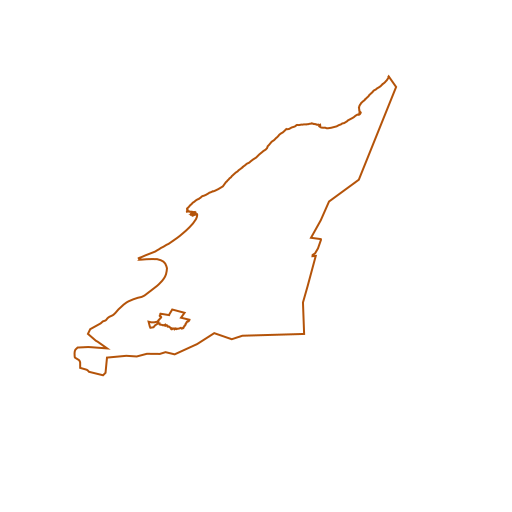 Sveitarfélagið Ölfus, Suðurland, Iceland (Natural Earth projection), rotated 148°
{"feature_id": "244011B93058264602287", "entity_name": "Sveitarfélagið Ölfus", "entity_type": "district", "adm_level": 2, "iso_a3": "ISL", "parent_name": "Iceland", "parent_adm1": "Suðurland", "projection": "natural_earth1", "projection_center": [-21.424, 63.983], "detail": "fine", "context": "isolated", "style": "outline", "palette": "amber", "viewbox_px": 512, "rotation_deg": 148, "n_neighbors": 0, "source": "geoboundaries", "source_scale": "gbopen_adm2", "svg_char_len": 5871}
<svg xmlns="http://www.w3.org/2000/svg" viewBox="0 0 512 512"><g transform="rotate(148 256 256)"><path d="M182.1,252.0L165.2,263.5L128.4,266.2L47.6,325.1L48.3,338.0L48.5,337.9L48.4,337.7L48.7,337.5L49.0,337.1L52.0,335.7L53.7,335.3L54.5,335.0L56.5,334.7L57.5,334.8L57.8,334.5L58.8,334.4L59.8,334.1L61.1,333.9L61.6,334.0L62.0,333.9L62.8,333.9L64.4,334.0L66.3,333.7L67.9,333.9L68.8,333.8L70.2,333.4L70.4,333.2L71.1,333.1L72.4,332.9L73.7,332.6L74.4,332.6L75.1,332.2L75.9,331.9L77.8,331.5L78.3,331.5L79.1,331.2L80.0,331.1L80.4,330.9L80.7,331.0L80.9,330.8L81.7,330.6L83.8,330.4L85.0,330.1L85.8,330.0L86.7,329.5L86.8,329.4L87.5,329.2L88.7,328.5L89.2,328.1L89.6,327.6L90.0,327.4L90.1,327.0L90.3,326.7L90.9,325.4L91.1,325.1L91.2,324.9L91.1,324.7L91.4,324.3L91.5,323.8L92.1,323.0L91.2,322.6L91.2,322.1L91.6,321.8L92.6,321.3L93.4,321.2L94.0,321.3L94.3,321.5L94.3,321.9L95.5,322.2L97.4,322.2L99.4,321.9L101.1,321.9L106.4,322.3L107.1,322.0L110.8,322.0L112.6,322.7L114.2,322.6L116.5,323.1L118.9,323.2L124.3,324.9L127.3,326.2L128.3,326.8L129.4,328.2L131.1,329.2L132.4,330.2L132.9,330.8L133.4,332.0L133.6,332.4L133.1,332.7L132.6,332.7L132.5,333.0L132.2,333.0L132.1,333.3L132.8,333.3L132.8,333.5L133.3,333.9L133.5,334.4L134.2,334.6L134.7,334.9L134.8,335.3L135.1,335.5L135.4,335.9L135.5,336.2L135.9,336.3L136.8,337.3L137.3,337.5L137.6,338.1L138.5,338.7L138.5,339.0L139.2,339.1L140.7,339.8L141.9,340.1L142.5,340.5L143.6,340.9L143.7,341.1L144.2,341.3L145.8,342.3L147.1,342.8L147.9,343.4L149.8,344.1L150.4,344.4L151.6,345.3L152.4,345.6L152.6,346.2L152.7,345.6L153.3,345.3L153.6,345.2L155.1,345.4L157.7,346.1L160.6,346.2L161.8,346.7L162.8,347.2L163.0,347.6L165.6,347.0L167.8,346.6L170.0,346.7L172.0,346.5L173.3,346.0L174.1,345.8L175.2,345.5L176.4,345.4L179.1,344.7L182.2,344.6L186.1,343.3L187.8,342.9L188.1,342.8L188.4,342.4L188.9,342.1L189.5,341.6L191.5,341.1L194.3,341.1L195.3,340.9L199.4,340.4L203.7,339.4L207.4,339.4L210.4,339.1L212.0,338.8L212.8,338.8L214.0,339.0L215.0,339.1L217.4,338.7L219.6,338.6L220.1,338.6L220.3,338.3L225.4,337.9L226.8,337.5L228.8,337.5L232.3,336.9L233.1,336.7L234.1,336.6L235.5,336.0L237.3,335.9L238.6,335.4L240.3,335.1L241.1,334.7L242.3,334.6L247.2,332.6L252.6,332.7L256.3,333.1L257.8,333.4L258.3,333.6L258.6,333.9L259.1,333.8L261.0,334.1L261.9,334.4L263.2,334.3L266.2,334.4L268.6,334.8L269.3,335.1L270.4,335.2L272.3,334.8L273.4,334.9L274.0,334.7L274.6,334.7L275.4,335.0L277.6,335.0L279.6,334.7L281.4,334.7L283.0,334.2L285.5,333.8L286.3,333.4L288.0,333.0L288.9,332.9L289.5,332.6L289.7,332.1L289.5,331.9L289.4,331.7L289.7,331.2L290.9,330.6L291.1,330.2L290.0,329.7L289.8,329.9L289.4,329.7L289.5,329.5L289.0,328.8L287.5,328.0L287.2,327.7L287.1,327.3L287.1,327.1L289.5,325.9L289.5,325.6L289.2,325.5L289.2,325.9L288.3,326.3L288.2,326.3L287.0,326.9L286.5,327.1L285.9,326.5L285.9,326.4L285.7,326.3L286.6,326.1L286.8,325.9L286.0,326.1L285.9,325.8L286.0,325.6L284.9,325.3L284.8,325.2L285.3,324.9L284.7,324.7L285.0,324.4L287.0,325.0L287.1,324.9L287.2,324.7L285.2,324.2L285.2,323.7L285.0,324.1L284.5,324.0L284.7,323.2L285.2,323.3L285.2,323.5L285.5,323.2L288.0,324.0L287.8,324.7L287.5,325.4L287.6,325.6L287.8,325.3L288.2,325.4L288.0,325.2L288.4,323.8L288.1,323.7L287.9,323.9L283.9,322.7L284.0,322.2L284.5,321.5L285.4,320.5L287.0,319.3L287.5,319.0L292.2,317.0L297.2,315.6L302.0,314.6L310.1,313.4L313.5,313.1L323.7,312.6L326.0,312.9L329.4,312.9L332.4,313.2L334.5,313.1L336.8,313.2L339.2,313.2L349.2,315.1L353.4,315.7L356.2,316.3L356.6,316.3L356.6,315.9L356.1,315.4L355.8,314.9L356.8,314.6L355.6,313.9L350.4,311.2L345.8,308.5L341.5,305.7L339.0,302.9L337.5,300.3L337.0,297.7L337.4,294.9L338.0,292.8L339.8,290.5L342.0,288.2L344.1,286.7L346.1,285.7L348.7,284.7L353.4,283.5L355.6,283.1L371.0,281.6L372.1,281.6L374.7,281.9L378.4,283.2L383.0,284.3L388.1,285.1L390.4,285.2L394.1,284.9L401.0,283.6L405.5,282.2L408.0,281.7L409.3,281.7L412.3,282.1L413.5,282.1L414.3,282.0L415.3,281.8L416.8,281.2L417.7,281.1L418.5,281.2L420.5,281.7L423.3,281.2L424.1,281.2L435.4,281.8L439.8,279.0L436.7,269.0L435.7,267.2L431.2,256.5L443.7,265.7L446.5,267.7L455.8,272.9L458.2,272.4L458.9,272.2L460.2,271.2L461.4,269.7L462.8,267.3L463.3,266.2L463.3,265.6L461.3,261.6L461.2,260.8L461.3,259.8L461.6,258.8L464.4,254.3L460.5,250.0L459.7,249.0L459.3,248.0L459.0,246.3L448.9,235.9L445.5,236.7L436.2,248.8L418.9,240.1L410.4,234.0L400.4,230.9L389.4,223.9L383.7,222.4L377.1,215.7L352.5,212.5L332.3,212.7L320.7,198.3L309.8,195.6L256.5,164.4L240.8,191.7L228.4,202.9L205.3,224.4L208.2,225.9L207.4,226.9L204.6,226.9L199.4,229.6L192.3,235.3L192.1,236.0L199.7,242.3L182.1,252.0ZM356.7,233.8L357.4,233.7L357.6,234.0L357.8,234.9L359.9,235.3L361.0,235.9L362.2,236.1L362.3,236.2L362.2,236.6L362.2,236.9L362.5,237.2L363.6,237.0L364.0,237.0L364.0,237.3L363.6,237.6L363.9,238.1L365.3,238.4L366.1,238.4L366.5,238.6L366.6,238.8L366.1,239.5L366.5,239.6L366.4,240.0L366.6,240.3L366.6,240.6L366.9,241.1L366.9,241.8L367.1,242.2L367.4,242.5L368.1,242.6L368.4,242.9L368.4,243.0L368.1,243.3L368.1,243.9L368.2,244.4L368.6,244.8L369.7,244.7L370.0,244.9L370.1,245.1L369.6,245.9L370.4,246.0L371.5,246.4L371.6,246.5L371.6,246.8L372.0,247.0L372.5,247.7L373.7,248.6L374.1,249.2L374.1,249.4L373.5,250.0L374.0,250.5L374.3,251.1L374.3,251.3L376.0,250.7L378.2,250.7L380.7,249.9L383.6,251.1L383.4,252.5L381.9,257.2L379.9,255.2L377.5,253.7L373.6,252.3L373.0,252.6L373.0,253.1L372.0,253.4L369.7,253.9L368.8,254.4L368.8,254.7L369.2,254.9L369.0,255.4L369.3,255.8L369.4,256.1L369.1,256.6L368.5,256.8L367.9,256.9L367.8,257.6L367.6,257.7L361.0,251.9L360.3,252.5L355.4,255.0L346.7,245.7L352.3,243.4L346.2,237.2L346.4,237.0L347.0,237.0L347.4,236.5L347.6,236.4L348.6,236.5L348.7,236.8L349.0,236.9L349.8,236.7L350.5,236.1L350.9,236.1L351.4,235.7L351.9,235.6L352.1,235.1L352.8,234.8L353.5,234.8L353.7,234.7L353.8,234.4L354.1,234.3L355.0,234.0L355.5,233.9L355.6,233.5L355.8,233.4L356.2,233.4L356.7,233.8Z" fill="none" stroke="#b45309" stroke-width="2"/></g></svg>